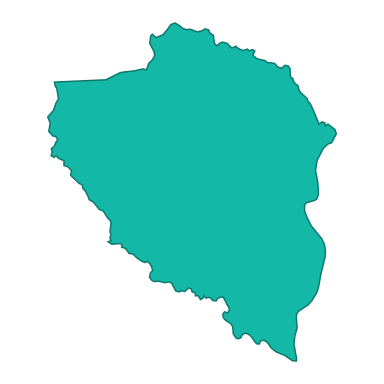 the district of Capão do Leão, Rio Grande do Sul, Brazil
{"feature_id": "56859067B74187355955260", "entity_name": "Capão do Leão", "entity_type": "district", "adm_level": 2, "iso_a3": "BRA", "parent_name": "Brazil", "parent_adm1": "Rio Grande do Sul", "projection": "equal_earth", "projection_center": [-52.541, -31.849], "detail": "fine", "context": "isolated", "style": "filled", "palette": "teal", "viewbox_px": 384, "rotation_deg": 0, "n_neighbors": 0, "source": "geoboundaries", "source_scale": "gbopen_adm2", "svg_char_len": 2919}
<svg xmlns="http://www.w3.org/2000/svg" viewBox="0 0 384 384"><path d="M296.4,361.0L296.5,357.8L295.3,352.1L294.0,343.9L294.9,335.8L297.1,327.9L296.2,316.1L297.1,313.1L299.0,310.9L308.3,304.7L312.0,300.5L316.8,292.5L318.5,287.3L320.8,274.5L325.0,257.4L325.5,252.2L325.1,249.0L324.5,244.6L321.8,238.8L311.2,225.8L307.6,218.7L304.5,210.8L304.6,205.4L306.1,202.9L314.8,200.3L316.8,198.9L318.4,194.9L318.4,188.9L317.5,180.4L315.5,170.7L317.1,160.4L323.3,148.4L327.9,144.0L331.6,142.8L336.3,133.8L335.0,129.6L327.9,124.1L325.4,125.8L324.8,122.8L322.0,121.9L319.1,124.2L312.6,108.6L310.0,103.3L308.1,101.7L307.2,98.6L304.0,95.7L300.5,92.4L299.1,90.2L298.0,85.7L295.3,83.7L293.5,81.4L292.9,78.6L290.8,77.5L290.3,74.6L290.1,68.8L288.2,65.9L284.9,65.3L281.5,68.2L277.6,66.9L274.7,63.5L270.0,62.6L267.7,62.7L265.0,60.5L260.1,59.6L256.6,58.5L252.8,55.2L254.8,51.1L252.7,49.6L249.3,50.8L247.5,49.1L243.1,50.5L237.8,48.3L236.0,46.2L231.9,48.1L227.1,43.4L222.4,42.1L220.1,43.0L216.7,45.7L214.8,43.9L213.9,39.5L213.4,35.3L209.6,32.7L208.7,29.9L204.9,28.9L202.1,30.8L197.2,31.9L190.6,29.3L186.1,29.6L182.3,28.2L180.5,26.3L175.1,23.0L170.9,24.5L167.9,28.8L162.8,34.8L160.3,35.9L155.9,37.6L152.4,34.2L150.7,35.9L149.7,43.2L154.1,51.8L154.6,55.7L152.5,59.7L148.9,63.2L146.4,69.9L142.9,68.9L133.8,71.0L128.0,71.6L123.2,72.1L119.6,72.9L105.9,79.8L54.5,82.1L55.1,85.4L56.9,88.9L58.5,99.2L56.1,102.7L53.4,110.5L47.7,117.0L50.2,122.8L48.8,131.5L52.9,136.0L55.5,136.3L57.8,139.3L56.0,142.1L54.1,146.6L51.4,148.5L52.2,152.3L51.1,155.6L54.1,157.4L56.1,155.6L58.4,158.2L61.0,159.5L64.0,160.5L64.0,165.6L67.9,166.8L71.6,170.8L70.6,175.3L74.0,178.4L79.1,183.4L82.5,185.0L82.7,188.1L85.4,191.2L87.9,195.9L89.2,199.7L93.6,202.3L99.2,209.4L103.3,211.0L107.2,217.4L110.8,221.2L110.9,225.1L110.0,231.2L110.8,235.2L109.9,238.2L111.2,240.7L108.2,241.7L111.6,244.2L116.5,243.9L119.6,243.5L122.0,244.4L121.6,247.2L125.1,248.2L127.2,250.7L129.2,253.6L131.7,253.7L133.8,254.7L135.8,256.9L139.0,259.4L142.5,261.6L145.3,262.5L147.6,261.4L149.9,263.8L151.4,266.4L152.7,270.4L150.5,272.7L149.5,277.3L151.7,280.3L154.4,281.6L158.1,281.2L161.2,281.7L164.3,282.7L167.2,282.3L169.9,281.9L171.9,283.5L173.8,287.3L175.8,291.0L179.2,291.9L182.0,290.5L184.3,291.6L186.8,289.8L188.4,287.8L191.2,289.0L192.2,292.0L195.0,292.5L195.5,295.9L197.7,295.4L199.2,297.5L200.6,299.6L202.8,298.3L204.1,295.7L205.7,298.0L209.5,297.3L213.1,300.6L216.1,300.9L218.0,298.2L220.9,297.1L223.3,297.3L225.1,300.6L226.8,304.1L228.5,306.9L229.5,310.0L227.6,313.0L224.5,311.8L222.9,314.1L223.2,317.3L224.8,319.6L227.3,321.5L230.1,323.1L232.4,325.9L233.0,329.7L233.2,333.7L236.1,338.1L238.3,338.8L240.7,337.8L242.7,334.2L246.1,333.1L250.1,335.3L252.7,338.5L255.0,342.0L256.7,343.8L259.3,344.0L260.5,341.0L263.7,340.2L266.7,342.0L268.5,343.9L270.8,347.6L274.3,350.5L277.0,352.3L281.7,354.2L285.3,355.7L288.9,358.4L292.7,360.8L296.4,361.0Z" fill="#14b8a6" stroke="#0f766e" stroke-width="1.5"/></svg>